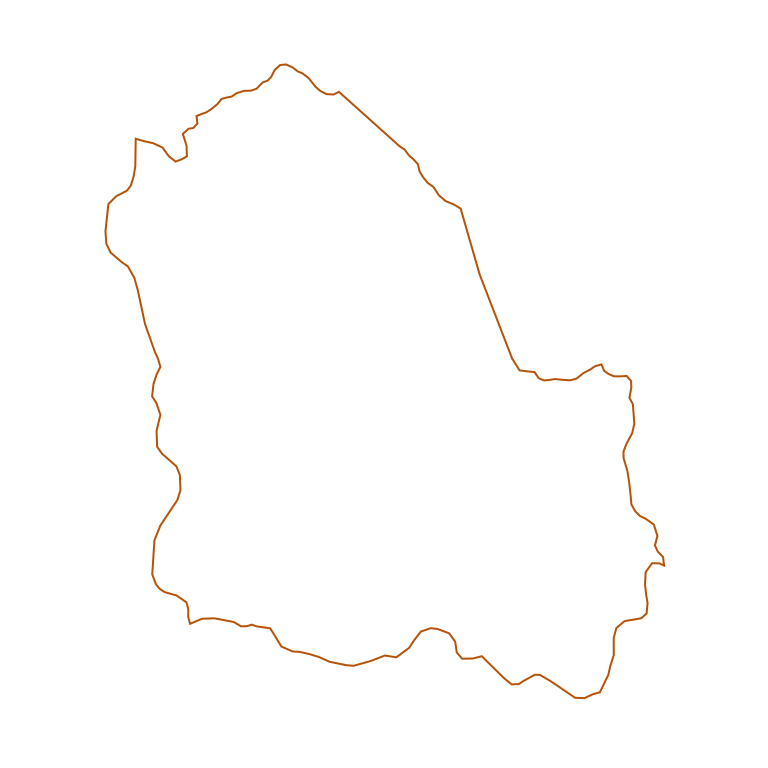 outline of Inaciolândia, Goiás, Brazil, rotated 357°
{"feature_id": "56859067B27733338584943", "entity_name": "Inaciolândia", "entity_type": "district", "adm_level": 2, "iso_a3": "BRA", "parent_name": "Brazil", "parent_adm1": "Goiás", "projection": "equal_earth", "projection_center": [-49.906, -18.499], "detail": "fine", "context": "isolated", "style": "outline", "palette": "amber", "viewbox_px": 768, "rotation_deg": 357, "n_neighbors": 0, "source": "geoboundaries", "source_scale": "gbopen_adm2", "svg_char_len": 2459}
<svg xmlns="http://www.w3.org/2000/svg" viewBox="0 0 768 768"><g transform="rotate(357 384 384)"><path d="M567.8,708.2L576.4,704.7L583.4,703.2L592.8,686.2L595.2,677.5L599.3,666.6L600.1,649.6L603.3,639.8L611.8,633.4L628.7,631.4L634.3,626.8L635.7,616.4L634.7,607.6L634.2,597.5L635.5,585.5L642.3,577.0L649.5,577.5L654.2,580.0L653.6,571.3L648.7,565.8L646.1,559.4L649.1,550.0L646.1,538.5L638.6,532.5L632.6,529.1L628.4,524.5L624.8,517.3L624.4,507.1L623.6,494.1L622.4,483.0L619.4,470.7L619.6,464.1L623.1,456.2L629.2,446.2L631.9,436.9L631.7,426.8L631.4,417.0L628.4,410.7L630.8,400.3L630.9,393.9L626.7,388.7L618.9,388.7L614.0,388.3L608.8,385.8L604.6,382.4L602.2,375.8L595.7,377.3L590.1,380.7L583.8,383.5L576.5,388.7L569.8,390.1L562.2,389.1L554.9,388.0L548.7,388.7L543.6,388.7L538.8,386.3L535.0,380.0L527.9,378.9L520.1,377.5L513.3,365.3L485.3,279.8L469.7,212.8L463.0,208.3L455.2,204.6L448.7,198.5L443.7,189.8L438.1,185.4L433.6,179.1L430.7,173.6L429.3,166.2L425.3,161.3L421.0,157.2L416.9,151.0L412.0,147.4L354.3,89.9L348.8,92.3L341.8,91.5L335.8,88.1L331.1,83.5L324.9,74.8L318.7,69.4L314.3,67.4L309.5,63.2L303.0,59.8L297.0,60.0L291.4,64.5L287.5,71.3L283.6,75.0L278.6,76.5L272.3,82.4L266.8,84.1L259.6,83.9L252.1,85.9L246.9,89.0L241.7,89.7L236.7,90.8L232.4,95.7L225.3,100.9L220.6,103.5L216.0,104.8L210.8,106.6L211.3,114.2L206.9,118.4L202.1,118.9L196.2,123.7L199.3,135.9L199.1,146.3L194.3,148.8L187.6,151.0L181.1,145.4L175.2,136.3L166.0,131.4L156.9,128.9L148.9,126.1L147.0,153.7L144.8,163.8L141.6,172.5L137.4,177.5L126.5,182.4L118.2,189.8L113.8,217.2L114.1,229.5L117.9,238.5L128.6,248.7L134.4,253.2L140.3,265.1L143.0,277.3L148.5,311.6L157.0,340.3L159.6,346.8L161.6,355.2L157.3,362.8L153.8,372.0L151.8,384.2L155.7,391.1L159.1,403.1L154.4,418.8L154.2,434.8L158.6,441.9L172.4,455.4L175.4,464.2L175.2,479.4L171.6,489.0L153.2,513.7L146.6,528.0L142.6,561.9L145.6,571.7L149.0,576.6L154.2,580.4L165.7,584.3L175.3,591.7L176.8,598.9L176.3,606.5L177.8,613.3L190.1,608.9L202.3,609.1L221.5,613.8L228.5,618.5L234.5,618.7L239.2,617.4L244.3,619.4L257.6,622.0L267.8,640.8L278.7,646.3L286.3,647.2L295.6,649.9L304.9,653.3L315.3,658.6L331.4,662.8L338.9,663.8L356.3,659.9L370.7,655.2L382.0,657.6L395.3,648.8L400.6,641.6L407.9,633.1L418.0,630.3L424.5,631.4L435.9,636.3L441.6,645.0L442.6,655.9L447.6,662.4L458.3,662.8L467.4,661.0L488.6,684.2L495.8,690.7L502.9,690.7L507.9,687.8L519.5,682.2L524.5,682.7L534.6,689.3L558.5,707.4L567.8,708.2Z" fill="none" stroke="#b45309" stroke-width="2"/></g></svg>